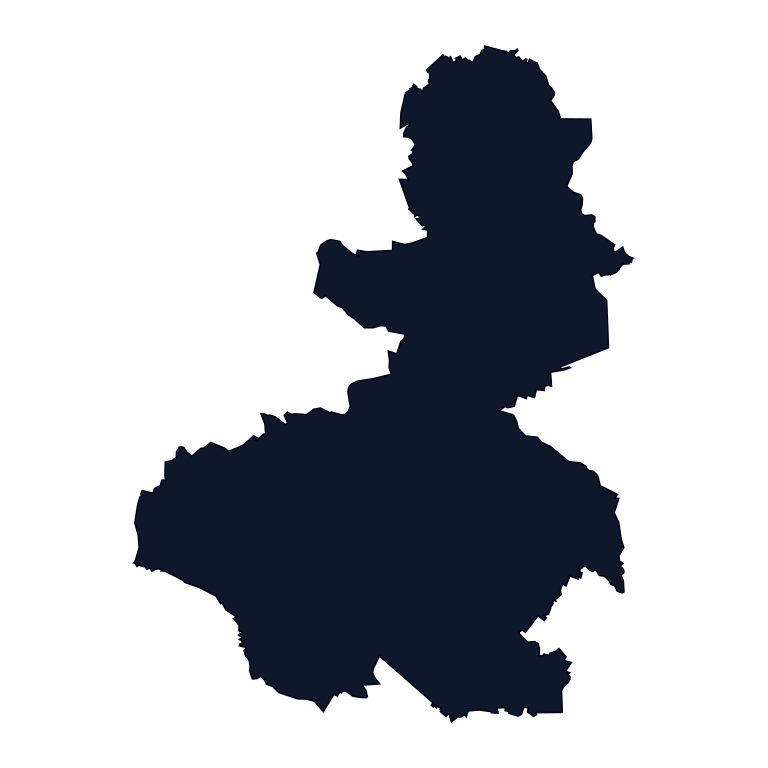 outline of Amatlán de los Reyes, Veracruz, Mexico
{"feature_id": "50627088B96497314595086", "entity_name": "Amatlán de los Reyes", "entity_type": "district", "adm_level": 2, "iso_a3": "MEX", "parent_name": "Mexico", "parent_adm1": "Veracruz", "projection": "albers", "projection_center": [-96.873, 18.873], "detail": "fine", "context": "isolated", "style": "filled", "palette": "ink", "viewbox_px": 768, "rotation_deg": 0, "n_neighbors": 0, "source": "geoboundaries", "source_scale": "gbopen_adm2", "svg_char_len": 6053}
<svg xmlns="http://www.w3.org/2000/svg" viewBox="0 0 768 768"><path d="M506.4,51.4L502.1,50.7L484.8,46.1L484.2,49.7L482.0,50.3L480.1,54.3L475.4,56.6L472.4,62.9L469.0,60.1L468.1,60.8L465.3,57.8L462.5,60.3L460.2,56.1L455.4,58.4L456.9,60.3L453.4,62.7L450.5,56.7L448.0,58.5L447.2,56.9L445.6,56.3L442.6,58.2L443.6,55.4L442.9,54.9L426.7,69.9L427.6,72.0L428.5,71.4L429.8,74.7L429.8,77.7L428.4,81.2L429.5,84.2L423.4,88.2L422.8,91.6L421.5,91.3L420.7,89.3L416.1,88.5L416.9,86.9L413.8,84.3L412.8,85.9L414.2,87.0L409.9,88.7L411.0,90.7L408.8,90.6L405.5,92.9L400.9,112.7L400.3,128.1L410.0,122.7L409.0,125.4L406.5,127.3L403.7,133.6L403.9,136.8L407.2,136.8L412.3,139.2L415.4,145.0L411.5,150.2L413.1,151.4L412.7,153.6L408.8,156.2L409.3,158.9L411.8,162.0L413.2,165.7L402.5,171.1L405.6,173.9L408.2,179.6L399.4,179.3L409.5,207.9L408.8,208.9L414.4,214.4L414.9,216.6L417.1,214.9L419.3,215.8L419.3,218.7L416.0,218.8L422.3,225.7L423.7,225.0L425.1,225.7L425.3,227.0L422.9,229.2L427.7,230.1L427.5,237.5L412.1,243.0L404.6,244.5L392.6,241.4L392.6,250.4L366.8,251.8L357.6,250.2L356.6,254.0L357.8,255.6L353.0,253.9L342.9,245.9L339.9,241.4L330.8,239.6L326.6,241.0L320.8,245.0L317.8,252.6L316.6,253.1L320.3,264.4L314.0,292.5L321.2,298.2L323.0,297.9L325.4,295.6L337.3,305.8L342.0,307.5L348.4,314.8L354.9,319.2L364.4,327.8L373.0,327.8L380.5,325.7L383.9,325.9L386.1,326.2L388.9,331.2L405.2,334.2L403.9,338.5L400.9,341.3L396.8,353.8L388.3,351.0L389.5,360.4L389.1,367.9L391.3,374.2L373.4,378.6L357.3,381.2L351.7,383.8L348.9,386.9L347.8,391.5L350.2,406.5L348.3,411.3L344.5,414.6L341.7,414.9L331.2,412.0L330.9,413.2L320.4,408.0L313.9,409.2L306.7,414.6L295.2,413.8L291.5,414.3L287.2,412.1L284.2,415.2L287.6,423.0L285.2,424.5L275.1,416.8L269.9,415.1L267.4,415.4L264.2,413.8L260.9,413.8L264.9,423.9L265.6,433.9L263.5,434.1L257.1,439.9L255.2,439.9L257.0,437.7L253.6,435.7L244.0,444.6L235.3,448.7L236.1,449.7L234.8,448.7L228.6,451.4L224.9,448.3L210.9,442.4L203.9,448.0L200.9,448.3L191.9,456.1L186.8,452.0L183.9,447.7L181.6,446.7L179.2,447.3L176.5,451.6L176.3,457.1L172.4,460.4L165.3,462.1L164.9,475.4L165.6,480.0L161.8,480.2L160.3,485.7L154.4,488.6L153.0,493.2L142.2,490.6L141.0,493.5L141.0,496.4L139.8,497.1L137.8,504.0L134.8,522.9L138.2,535.4L139.2,547.7L134.9,561.7L133.8,563.0L135.1,563.3L137.0,566.5L138.6,565.3L145.1,566.9L146.6,569.2L149.9,568.1L151.8,571.3L155.3,569.3L158.9,568.9L162.2,570.0L161.3,571.0L165.2,571.2L183.2,580.4L185.0,582.5L199.7,587.6L216.2,596.3L220.6,603.7L222.8,602.7L222.4,603.3L225.8,609.9L236.5,616.8L233.5,618.4L239.1,625.2L238.9,630.7L239.6,631.7L241.7,630.8L242.4,632.7L238.5,634.6L238.5,635.4L241.7,636.7L241.5,638.5L239.4,639.4L242.8,641.4L242.0,641.8L243.0,643.3L239.8,643.9L239.4,645.8L246.8,647.7L244.1,650.5L245.7,656.4L247.5,657.7L249.2,660.8L250.1,666.7L249.5,670.7L252.5,679.0L256.8,678.6L260.4,676.5L261.6,677.1L264.7,680.2L266.4,684.1L272.9,686.7L278.5,692.4L297.4,698.8L306.0,699.1L313.0,700.8L315.0,702.0L323.3,711.6L333.8,694.6L337.3,696.0L339.6,692.2L341.5,692.9L342.4,691.6L345.3,690.8L352.7,696.1L360.1,697.4L365.9,697.7L367.4,696.8L365.9,690.3L362.9,686.2L363.4,685.0L379.6,683.9L375.0,678.1L372.5,672.9L373.3,668.7L379.5,656.0L433.0,702.8L431.2,705.3L433.2,706.9L434.3,705.5L436.5,707.8L437.6,706.1L439.9,707.8L441.2,707.5L440.2,709.2L441.5,710.2L440.4,711.6L446.1,716.5L448.8,712.9L451.4,721.9L458.6,716.4L459.4,717.3L461.2,716.9L465.2,714.7L466.3,716.8L468.0,711.0L479.4,710.0L491.1,711.7L491.4,712.8L498.2,713.2L497.0,708.0L505.3,707.6L505.0,710.6L509.0,711.6L509.0,713.3L517.8,716.1L521.5,714.4L523.2,708.7L524.5,707.3L528.3,707.9L527.4,711.9L533.6,716.4L536.6,714.6L535.5,712.7L562.3,712.4L561.6,690.8L563.2,687.5L568.1,682.4L569.9,679.2L570.0,677.2L568.2,674.2L569.7,672.7L565.4,671.3L571.4,662.5L564.0,660.5L566.1,656.9L559.0,648.5L555.3,651.5L550.0,653.2L548.7,655.3L543.9,654.0L542.3,655.8L539.1,655.5L539.5,649.1L538.1,643.4L534.6,641.6L527.6,642.1L519.0,633.3L519.3,632.0L522.5,629.9L525.4,632.4L537.9,615.8L544.2,620.6L546.4,617.9L544.1,615.7L548.7,614.0L551.3,606.1L553.1,603.7L552.4,603.0L554.7,599.6L556.3,601.9L555.2,599.7L561.4,594.4L560.3,590.8L562.4,583.8L566.0,586.0L570.0,576.0L578.1,579.0L578.7,577.3L580.8,577.9L582.1,572.8L580.2,572.5L579.7,570.1L578.5,570.5L583.6,566.5L585.8,566.4L589.7,570.2L592.4,571.5L594.7,570.3L596.7,570.9L599.0,575.3L604.5,576.4L609.4,581.1L610.7,584.4L614.9,585.9L617.1,591.1L622.4,592.9L624.0,591.9L623.3,580.3L620.8,574.8L623.7,573.2L624.0,571.4L623.3,569.1L620.1,566.1L622.9,563.4L619.4,560.8L619.0,555.7L623.8,547.5L621.2,539.4L618.7,522.2L614.2,512.8L618.8,498.4L615.2,497.9L617.4,494.4L600.2,485.6L597.9,476.1L596.9,474.8L593.3,471.3L588.8,470.4L586.7,468.6L586.4,466.9L580.7,462.9L568.7,461.6L550.5,446.5L542.0,442.5L537.2,437.2L525.8,436.0L518.4,428.6L516.9,422.2L514.1,415.9L512.6,414.6L499.1,410.7L505.0,406.6L507.8,407.8L514.3,406.2L517.4,395.3L526.3,398.6L527.1,395.2L534.5,397.7L536.3,389.6L544.3,390.5L544.7,386.2L550.3,384.6L550.2,386.1L551.5,386.1L550.6,372.2L564.7,369.8L570.4,367.7L569.2,366.9L560.9,369.1L560.5,366.8L608.5,347.7L606.7,300.5L595.6,289.5L594.0,289.3L595.0,288.7L592.3,275.5L598.8,272.3L599.5,273.9L601.0,273.1L600.5,275.7L601.9,276.1L602.7,275.0L608.7,274.8L609.4,273.6L610.3,274.7L610.8,273.8L611.7,274.3L616.0,272.5L619.5,269.1L619.4,268.1L622.7,264.2L629.0,263.8L628.8,262.1L631.5,262.2L632.2,258.1L634.2,258.5L628.3,256.3L624.4,252.3L622.7,247.1L616.6,251.4L613.6,251.6L613.5,247.4L614.8,244.9L600.8,235.2L596.3,234.0L593.0,226.1L593.8,222.5L594.9,221.5L594.8,216.7L591.7,214.9L584.6,215.6L581.8,213.8L580.6,210.0L582.2,204.3L582.5,197.8L580.8,194.9L572.9,192.0L566.7,186.2L572.3,173.8L571.9,166.1L573.3,161.6L578.4,159.1L583.2,151.4L589.7,144.1L591.1,141.4L591.8,138.4L590.8,119.1L560.7,118.9L558.3,111.3L551.1,101.4L550.9,100.0L554.0,95.6L554.5,92.7L551.4,87.8L548.6,85.6L545.9,76.2L539.8,69.7L537.1,63.1L529.4,59.3L528.1,63.0L526.1,62.4L526.8,59.3L525.6,58.7L522.6,61.5L518.9,57.0L515.9,57.5L513.7,54.9L517.9,50.3L517.1,49.0L515.6,50.6L510.5,50.7L508.6,53.1L507.4,52.4L505.9,53.1L506.4,51.4Z" fill="#0f172a" stroke="#020617" stroke-width="1.5"/></svg>